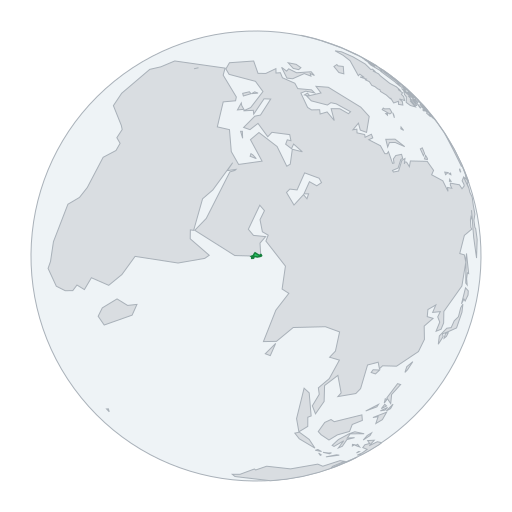 Ash Sharqiyah South highlighted on a globe, orthographic projection, rotated 51°
{"feature_id": "OMN-2406", "entity_name": "Ash Sharqiyah South", "entity_type": "Region", "adm_level": 1, "iso_a3": "OMN", "parent_name": "Oman", "parent_adm1": "", "projection": "orthographic", "projection_center": [58.929, 21.395], "detail": "medium", "context": "on_globe", "style": "filled", "palette": "green", "viewbox_px": 512, "rotation_deg": 51, "n_neighbors": 0, "source": "natural_earth", "source_scale": "10m", "svg_char_len": 11048}
<svg xmlns="http://www.w3.org/2000/svg" viewBox="0 0 512 512"><g transform="rotate(51 256 256)"><circle cx="256" cy="256" r="225" fill="#eef3f6" stroke="#a8b0b8"/><path d="M331.9,43.9L330.2,43.3L319.6,39.9L317.3,39.3L323.4,41.2L323.9,41.8L315.4,38.9L315.5,39.9L297.8,35.9L277.6,31.8L265.3,31.0L245.2,31.0L262.9,30.8L280.5,32.1L297.9,34.7L315.1,38.6L331.9,43.9ZM237.7,31.5L227.2,32.6L223.3,33.2L219.3,33.7L219.7,33.9L224.1,33.3L225.7,33.4L223.8,33.9L218.3,34.4L218.5,34.3L215.9,34.7L214.0,34.9L213.9,35.1L207.5,36.1L211.0,36.0L203.5,37.7L200.0,38.2L204.2,36.9L204.8,36.6L221.1,33.4L237.7,31.5ZM183.1,42.8L184.7,42.3L179.5,44.2L170.7,47.7L164.7,50.1L160.7,51.9L163.0,51.3L148.7,58.1L133.6,67.4L130.3,69.4L130.0,69.3L146.9,58.9L164.6,50.1L183.1,42.8ZM332.6,44.4L333.0,44.8L330.8,43.7L332.6,44.4ZM201.3,37.5L202.7,37.2L190.6,40.4L193.4,39.6L201.3,37.5ZM332.0,44.7L333.0,46.4L337.6,48.0L325.3,45.0L328.5,44.2L325.0,42.4L329.2,43.9L332.0,44.7ZM226.3,33.0L221.5,33.6L227.2,32.7L226.3,33.0ZM229.6,32.5L244.9,31.0L251.0,30.8L244.6,31.1L253.9,31.0L249.4,31.6L243.2,31.8L240.2,31.7L240.8,32.1L229.6,32.5ZM318.3,43.4L317.0,43.5L316.3,42.8L318.3,43.4ZM226.8,33.3L229.3,32.8L234.8,32.6L230.7,33.6L230.2,33.3L226.8,33.3ZM258.6,30.9L261.9,31.2L259.2,31.6L260.1,31.9L249.8,31.6L258.6,30.9ZM228.0,33.6L228.5,34.1L224.2,34.8L224.7,33.8L228.0,33.6ZM237.9,32.2L240.3,32.2L237.7,32.5L237.9,32.2ZM209.1,38.4L212.0,37.4L215.1,37.1L209.1,38.4ZM228.9,34.3L230.4,34.1L231.9,34.0L231.3,34.5L228.9,34.3ZM248.6,32.2L246.7,32.5L252.6,32.3L250.8,32.9L244.2,32.8L246.3,33.1L245.7,33.4L241.0,33.1L248.6,32.2ZM235.4,34.8L226.4,35.5L220.3,37.2L217.4,37.4L227.8,34.7L235.4,34.8ZM239.1,33.8L236.1,34.4L234.0,34.1L234.7,33.5L239.1,33.8ZM251.9,33.6L256.4,32.5L257.7,32.7L251.9,33.6ZM234.0,35.3L236.2,35.2L233.8,35.5L234.0,35.3ZM246.9,34.1L248.3,33.6L249.7,33.7L246.9,34.1ZM239.4,35.5L236.5,35.6L236.9,35.1L239.4,35.5ZM243.2,34.9L244.8,35.2L238.8,34.9L243.6,34.6L243.2,34.9ZM248.0,34.3L249.3,34.2L247.2,34.5L248.0,34.3ZM239.6,37.7L231.9,37.4L232.8,36.2L240.1,36.5L239.6,37.7ZM45.0,258.0L44.1,221.1L49.1,210.9L53.3,196.4L90.5,161.8L94.8,167.7L120.0,171.2L122.5,174.2L115.6,184.5L131.3,204.8L141.1,197.1L159.3,209.5L173.9,211.9L186.1,191.6L162.1,187.1L161.9,176.0L184.2,170.7L205.6,175.6L206.2,171.6L195.9,160.6L204.2,154.4L192.7,156.3L194.9,160.9L187.8,162.6L185.4,158.6L188.4,156.3L182.9,153.4L169.9,165.8L170.7,171.8L154.2,171.0L154.0,181.2L148.3,184.7L146.6,168.9L149.3,163.8L143.3,145.8L138.9,150.8L144.3,168.5L141.1,166.4L135.3,174.4L137.3,166.7L132.6,147.1L119.9,146.5L97.9,162.6L91.7,161.7L89.1,155.0L103.0,135.1L115.3,139.5L120.3,133.5L122.9,122.6L126.4,125.3L128.9,121.7L134.1,123.3L146.2,117.1L152.2,118.2L161.8,108.3L166.1,107.8L159.2,113.6L157.6,118.6L173.0,122.4L177.4,120.9L182.4,114.5L186.0,116.8L188.8,110.1L200.0,109.9L188.8,104.9L194.3,98.2L203.6,94.6L203.4,91.7L188.2,97.9L184.0,101.3L183.6,105.5L170.2,115.4L163.9,115.9L170.2,102.9L161.9,102.6L170.4,93.6L206.3,80.9L218.8,80.2L229.5,92.3L223.8,95.7L217.2,92.8L218.9,101.3L220.9,97.8L223.9,100.0L230.0,95.1L232.4,96.5L234.0,89.7L237.7,90.9L236.6,95.2L248.6,89.9L257.5,91.5L259.0,89.8L258.2,87.4L270.0,91.6L270.6,90.2L267.0,88.1L265.9,84.1L268.6,78.9L272.5,80.6L272.1,82.7L277.1,90.2L275.4,96.1L277.2,96.4L279.7,91.7L273.5,82.5L274.0,78.9L277.8,82.8L276.5,81.1L277.9,79.9L283.1,80.6L279.3,76.2L290.2,63.4L301.2,64.1L303.4,68.4L315.1,63.5L326.6,66.1L323.3,64.0L326.6,61.2L323.1,60.3L321.7,59.1L328.7,53.1L333.4,53.6L332.6,50.1L330.9,49.2L327.3,48.5L325.3,45.0L337.6,48.0L340.9,49.7L346.4,51.0L353.1,55.1L361.2,59.5L365.4,64.2L371.5,67.9L372.9,68.0L382.3,73.7L396.4,85.9L378.5,75.1L356.0,59.7L364.7,65.5L360.8,64.2L362.7,66.5L369.0,71.0L370.9,71.4L371.1,81.1L382.3,96.1L386.2,93.4L392.8,96.8L408.9,114.9L417.3,144.9L426.1,152.3L429.4,158.3L427.8,163.4L423.0,154.8L417.7,153.1L415.2,147.8L411.0,154.2L407.2,147.0L405.8,156.1L410.9,161.1L415.9,157.6L416.3,169.4L426.8,177.6L432.5,189.9L430.1,216.1L421.0,226.7L421.3,231.0L415.4,227.9L410.9,237.9L424.9,258.2L425.7,265.0L416.8,280.8L416.0,276.0L400.3,267.5L399.8,284.2L411.9,294.6L416.1,309.1L407.9,306.5L403.3,293.9L397.7,290.5L397.4,276.2L389.4,256.7L381.0,262.5L379.9,254.1L367.6,238.8L354.6,246.6L335.0,272.1L335.2,293.8L327.2,304.1L310.6,274.7L305.7,254.0L298.1,256.5L282.4,239.5L250.6,238.9L247.5,233.4L241.2,235.8L230.3,230.0L226.1,220.9L218.9,221.1L230.4,245.1L238.4,245.0L247.0,236.3L248.5,244.8L259.2,252.4L242.3,272.2L197.5,287.4L195.5,271.0L174.2,223.4L176.2,218.6L176.2,218.0L176.1,217.0L171.6,224.6L168.8,215.4L177.5,248.0L177.9,261.5L196.8,288.3L194.4,290.6L201.2,296.3L226.0,291.9L225.6,297.3L212.4,321.0L180.2,350.2L186.0,371.8L186.1,388.9L169.3,397.6L174.1,410.5L165.9,413.4L167.6,420.2L162.9,426.1L153.8,430.2L134.8,425.4L130.9,419.1L117.4,404.4L97.4,369.6L99.4,356.3L96.6,344.0L83.1,312.7L85.9,298.4L82.9,290.7L76.5,289.7L73.5,280.4L69.8,278.5L49.4,272.2L45.0,258.0ZM73.5,182.2L71.5,186.3L73.5,182.2ZM225.8,192.3L240.3,194.4L238.2,180.5L243.6,180.4L240.8,176.0L237.9,179.6L231.9,167.7L239.7,164.6L240.2,158.9L235.3,158.0L222.0,165.9L230.5,182.5L225.3,187.6L225.8,192.3ZM125.2,72.6L129.1,70.1L125.0,72.7L118.3,77.8L112.6,82.3L116.8,79.0L115.7,79.7L116.7,79.0L125.2,72.6ZM137.9,102.6L138.0,105.6L133.6,109.0L126.1,109.4L132.3,104.2L137.9,102.6ZM139.2,109.1L147.5,97.2L152.5,97.0L148.3,99.0L150.8,100.1L144.6,103.7L141.3,116.0L137.2,120.0L125.5,117.4L131.6,115.8L131.1,112.8L139.2,109.1ZM159.9,72.6L163.6,68.9L169.7,73.1L165.6,76.1L157.8,76.2L158.1,72.7L159.9,72.6ZM194.0,40.3L195.0,39.8L196.5,39.5L196.9,39.7L194.0,40.3ZM210.2,37.9L191.2,42.8L191.3,42.3L179.9,46.6L176.0,47.1L183.5,44.1L172.0,48.1L177.2,45.6L169.3,48.7L186.4,42.1L190.6,40.6L187.4,42.0L190.9,41.5L193.7,40.8L204.7,38.0L215.5,35.1L220.7,34.7L221.5,35.2L219.7,35.8L216.9,35.8L216.5,36.7L211.1,37.1L210.2,37.9ZM227.9,49.8L225.4,48.0L223.7,52.7L218.3,52.0L218.4,52.6L212.9,53.4L206.5,55.7L204.6,55.0L202.9,56.2L199.2,57.0L196.3,58.6L191.8,58.2L187.9,60.1L188.0,58.9L182.4,62.5L184.6,59.7L180.0,60.9L180.3,63.0L163.5,60.0L154.8,62.0L146.3,65.4L151.2,61.0L162.3,55.3L175.5,50.3L183.3,49.4L184.1,47.9L188.0,47.2L185.7,48.7L191.6,46.1L194.2,46.0L206.0,43.4L212.9,40.4L217.4,39.7L216.0,40.8L221.4,39.4L221.9,41.2L225.1,40.9L228.7,42.7L224.2,45.7L228.2,45.1L231.1,46.9L227.9,49.8ZM240.4,38.3L236.2,41.3L231.2,42.6L226.9,39.0L223.9,39.0L221.0,37.4L228.4,35.7L228.5,36.2L230.4,36.4L227.4,36.9L231.2,36.7L231.5,37.6L234.6,37.8L232.4,38.6L240.4,38.3ZM127.8,171.1L130.1,172.4L134.4,173.1L130.8,178.5L127.8,171.1ZM124.2,157.8L126.7,157.8L123.7,165.1L121.2,164.0L124.2,157.8ZM130.7,151.9L127.1,157.2L127.6,153.7L130.7,151.9ZM161.8,113.5L164.8,113.4L164.1,115.0L161.3,117.0L161.8,113.5ZM221.7,65.8L221.1,64.0L222.6,63.5L225.7,59.4L230.0,60.0L229.8,62.6L221.7,65.8ZM180.5,194.5L174.8,197.8L173.3,195.5L175.5,194.8L180.5,194.5ZM150.5,188.1L156.1,192.3L149.4,189.5L150.5,188.1ZM226.9,65.6L227.7,63.8L229.4,65.2L226.9,65.6ZM233.3,60.2L235.7,61.5L230.9,59.6L233.3,60.2ZM281.9,466.9L284.7,468.1L280.8,468.4L281.9,466.9ZM224.0,389.5L214.1,417.4L203.5,416.6L199.6,408.1L201.9,391.0L213.6,386.9L218.7,379.0L224.0,389.5ZM448.5,331.3L451.6,330.5L451.4,331.5L448.5,331.3ZM445.3,329.7L449.2,328.1L444.3,332.2L445.3,329.7ZM450.7,327.5L454.7,323.7L456.4,321.2L455.9,323.4L450.7,327.5ZM442.4,331.1L425.3,337.4L418.1,337.3L420.2,333.2L432.0,330.1L442.4,331.1ZM419.6,333.3L407.9,326.8L389.0,301.8L395.8,300.8L415.0,313.8L413.9,317.2L421.0,323.0L419.6,333.3ZM446.2,305.4L444.9,315.1L435.9,317.9L431.6,318.1L428.6,307.3L430.3,300.6L434.0,299.5L446.1,273.7L450.7,276.8L447.5,287.2L451.2,293.7L446.2,305.4ZM336.3,295.7L342.4,307.6L337.8,310.3L336.3,295.7ZM449.3,257.0L445.5,268.3L448.4,254.2L449.3,257.0ZM449.9,244.5L451.0,248.9L448.3,245.4L449.9,244.5ZM422.8,237.4L419.0,239.8L418.1,236.6L422.4,231.7L422.8,237.4ZM436.8,200.6L439.8,210.0L440.2,213.5L436.9,208.5L436.8,200.6ZM264.6,71.6L255.5,76.3L251.8,80.9L254.2,85.1L247.0,81.7L252.7,74.4L264.6,71.6ZM286.6,64.0L284.5,60.9L288.0,61.4L288.9,62.1L286.6,64.0ZM283.5,62.8L276.2,60.9L276.6,58.7L282.4,60.5L283.5,62.8ZM251.3,62.2L248.3,63.4L247.0,62.1L251.3,62.2ZM439.4,386.8L439.6,386.6L439.1,386.8L414.2,411.1L410.7,411.8L415.6,405.8L420.5,391.3L422.1,390.9L426.1,380.0L443.2,363.1L456.6,339.0L461.4,336.4L467.9,319.5L471.3,316.4L467.7,328.7L468.1,331.7L476.0,303.9L474.4,311.2L469.7,327.3L463.8,343.0L456.8,358.2L448.6,372.8L439.4,386.8ZM456.1,328.1L461.2,318.5L463.2,316.6L456.1,328.1ZM478.5,291.1L478.7,289.8L477.0,298.9L474.5,302.6L475.9,297.2L476.2,291.3L472.1,293.6L471.2,290.2L473.2,285.7L469.7,285.4L473.6,280.0L474.7,287.4L476.7,278.6L478.9,276.8L480.1,276.3L480.1,279.0L478.5,291.1ZM472.5,299.3L473.1,298.8L472.3,301.9L472.5,299.3ZM464.7,298.1L464.3,300.7L463.1,299.6L464.7,298.1ZM466.3,295.5L469.7,295.6L465.9,297.9L466.3,295.5ZM453.5,294.7L454.9,299.7L459.2,293.7L455.9,300.8L458.2,308.7L457.0,312.8L454.8,304.1L453.1,315.2L451.1,316.0L450.5,307.5L452.8,295.4L454.8,289.8L462.2,283.8L453.5,294.7ZM466.5,288.5L465.5,282.5L466.2,277.5L467.3,280.3L466.5,288.5ZM461.6,268.3L457.7,262.2L455.1,266.8L459.6,252.8L462.7,260.8L461.6,268.3ZM457.0,252.7L454.6,256.8L456.5,249.0L457.0,252.7ZM453.5,254.6L452.3,249.3L454.7,248.9L453.5,254.6ZM458.4,252.2L457.4,242.7L459.3,247.5L458.4,252.2ZM449.0,237.8L455.5,244.2L448.6,243.6L444.3,226.3L446.9,224.5L449.0,237.8ZM438.3,161.6L435.4,157.3L436.7,155.0L438.3,158.6L438.3,161.6ZM438.1,145.4L436.1,153.1L433.9,160.1L436.4,161.3L439.3,169.9L433.5,163.8L432.2,153.2L434.5,149.4L431.1,142.7L430.6,136.9L425.0,129.4L423.6,125.5L429.3,131.3L438.1,145.4ZM422.5,126.4L412.6,113.2L416.7,113.0L419.8,115.8L422.6,121.8L420.3,121.5L422.5,126.4ZM411.4,110.1L409.0,110.0L389.6,94.0L386.5,90.8L403.5,101.8L402.1,102.3L406.2,106.6L411.4,110.1ZM319.3,44.3L317.2,43.6L319.4,43.9L319.3,44.3ZM319.7,58.7L318.2,57.2L320.8,57.4L319.7,58.7ZM315.5,53.4L313.6,54.3L314.0,52.6L315.5,53.4ZM309.6,56.5L312.0,54.2L312.1,57.5L309.6,56.5Z" fill="#d9dde1" stroke="#a8b0b8" stroke-width="1"/><path d="M258.0,251.2L258.2,251.3L258.3,251.4L258.5,251.3L258.8,251.5L259.0,251.7L259.3,251.6L259.3,251.9L259.3,252.5L259.2,252.7L259.1,252.8L258.9,253.1L258.8,253.3L258.7,253.4L258.7,253.6L258.6,253.8L258.5,254.0L258.4,254.0L258.1,254.6L258.0,254.9L257.9,255.1L257.6,255.6L257.5,255.8L257.0,256.1L256.9,256.1L256.5,256.5L256.0,257.0L255.8,257.2L255.7,257.3L255.6,257.6L255.5,257.8L255.3,258.0L255.2,258.1L255.1,258.3L255.1,258.5L255.3,258.4L255.3,258.5L255.2,258.5L255.0,258.8L254.8,258.9L254.8,259.0L254.7,259.2L254.7,259.3L254.6,259.5L254.5,259.8L254.4,259.9L254.3,260.0L254.2,260.1L253.9,260.0L253.7,260.0L253.4,259.9L253.4,259.6L253.4,259.8L253.5,259.7L253.4,259.6L253.5,259.4L253.6,259.2L254.0,257.4L253.7,257.2L253.2,256.0L252.9,254.7L256.4,253.5L257.7,252.8L257.9,252.3L257.9,251.8L257.8,251.6L257.8,251.4L258.0,251.2ZM255.9,259.0L256.1,259.4L256.1,259.5L255.9,259.6L255.7,259.8L255.6,260.0L255.5,260.4L255.3,260.5L255.2,260.6L255.1,260.8L254.9,260.7L254.9,260.4L254.9,260.1L255.0,260.0L255.1,259.9L255.3,259.8L255.4,259.7L255.5,259.6L255.5,259.4L255.7,259.1L255.8,258.9L255.9,258.7L256.0,258.8L255.9,259.0Z" fill="#22c55e" stroke="#15803d" stroke-width="1.5"/></g></svg>